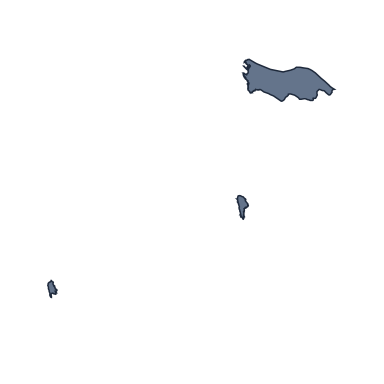 the district of Akureyrarkaupstaður, Norðurland eystra, Iceland, rotated 218°
{"feature_id": "244011B9807446828123", "entity_name": "Akureyrarkaupstaður", "entity_type": "district", "adm_level": 2, "iso_a3": "ISL", "parent_name": "Iceland", "parent_adm1": "Norðurland eystra", "projection": "robinson", "projection_center": [-18.184, 66.06], "detail": "fine", "context": "isolated", "style": "filled", "palette": "slate", "viewbox_px": 384, "rotation_deg": 218, "n_neighbors": 0, "source": "geoboundaries", "source_scale": "gbopen_adm2", "svg_char_len": 5713}
<svg xmlns="http://www.w3.org/2000/svg" viewBox="0 0 384 384"><g transform="rotate(218 192 192)"><path d="M210.4,306.8L209.2,306.8L207.7,306.2L207.7,306.4L207.4,306.5L207.2,306.6L206.9,306.4L206.8,306.5L206.6,306.4L206.6,306.6L206.3,306.7L206.5,306.7L206.3,306.8L206.4,307.0L206.0,307.2L206.1,307.4L205.9,307.5L206.1,307.6L206.0,307.8L206.1,308.0L206.0,308.4L205.8,308.7L205.8,308.8L205.5,309.4L205.4,309.6L205.6,309.7L205.4,309.9L205.5,309.9L205.4,310.1L205.5,310.1L205.5,310.3L205.0,310.6L205.0,310.9L204.9,310.9L205.0,311.3L204.7,311.5L204.7,311.8L204.9,311.8L204.9,312.0L204.7,311.9L204.3,312.1L204.0,312.3L203.7,312.5L203.5,312.8L203.1,312.8L203.0,313.0L202.9,313.0L202.6,313.2L202.6,313.3L202.4,313.4L202.5,313.5L202.4,313.6L202.3,313.8L202.2,314.0L201.8,314.2L201.6,314.6L201.1,314.8L200.3,314.9L200.1,315.0L197.0,315.1L192.3,316.7L190.2,317.0L187.0,317.9L177.6,318.5L176.9,319.2L176.7,319.6L176.2,321.3L176.2,322.2L176.4,322.9L176.5,323.9L176.3,325.5L176.0,325.7L175.8,327.0L175.8,327.6L176.3,328.4L174.8,329.9L170.7,331.5L166.8,331.8L166.0,331.8L164.4,331.3L163.0,332.4L161.1,334.5L160.3,335.1L159.5,335.5L157.9,335.9L156.3,336.7L155.2,336.9L153.3,338.4L153.1,338.8L153.3,339.5L153.6,339.9L154.3,340.4L154.2,340.6L152.8,341.4L152.4,341.9L152.4,342.7L153.0,345.6L154.1,346.4L155.4,348.2L155.0,351.1L154.0,351.6L151.7,352.2L150.4,353.1L149.9,353.2L147.5,352.8L144.1,352.7L143.3,353.2L143.0,353.8L143.0,355.0L143.1,355.6L143.0,356.7L144.0,357.9L144.1,358.4L144.1,359.2L143.9,359.6L143.0,360.6L145.5,360.3L148.1,360.2L149.7,360.5L155.8,361.0L160.4,361.1L168.1,361.8L172.1,361.6L174.2,361.3L176.6,360.7L180.6,358.4L183.3,357.0L186.4,354.7L186.7,354.2L187.1,352.4L187.4,351.7L188.5,350.0L189.3,348.7L192.9,344.3L193.4,343.6L194.1,342.7L205.7,336.9L219.3,333.1L221.2,332.7L228.7,331.7L228.7,331.4L228.9,331.2L229.7,330.6L229.8,330.3L229.8,329.7L230.7,329.0L231.0,327.1L230.6,326.3L230.4,326.7L230.2,326.7L229.8,327.5L229.3,327.6L229.1,327.3L228.8,327.0L228.9,326.7L228.7,326.5L227.8,326.3L227.2,326.4L227.0,326.7L226.6,326.8L226.5,326.7L226.4,326.4L225.7,326.4L225.2,323.3L224.3,323.3L224.9,327.5L223.9,327.4L223.6,327.2L223.6,326.6L223.4,326.5L223.4,325.0L223.5,325.0L223.4,325.0L223.3,323.9L222.9,323.0L223.2,322.9L223.3,322.5L225.6,322.6L228.6,323.2L228.8,323.0L224.8,322.4L222.7,322.4L222.1,321.7L221.9,321.5L221.3,320.8L221.1,320.3L221.2,320.0L221.4,319.3L221.3,318.9L221.6,318.5L221.3,318.7L221.2,318.3L221.6,318.1L221.7,318.3L222.0,318.0L221.7,317.8L222.4,317.6L224.4,317.6L224.7,317.4L224.8,317.3L224.7,317.3L224.3,316.4L222.0,315.5L222.6,315.2L221.7,314.7L221.2,314.7L221.8,315.1L221.3,315.4L220.5,315.1L220.2,315.2L219.9,314.9L221.3,314.4L220.3,314.4L220.1,314.3L219.3,314.5L219.1,314.3L219.9,314.1L219.1,314.0L218.5,314.2L218.2,314.2L217.3,314.1L217.3,313.9L217.3,314.1L216.5,314.0L216.5,313.9L216.4,313.9L216.4,314.0L216.2,314.0L216.2,313.8L216.6,313.8L217.3,313.8L217.8,313.8L216.7,313.7L216.5,313.4L215.9,313.4L215.7,313.2L215.8,313.1L215.7,313.0L215.2,313.0L214.1,312.5L213.8,312.1L213.7,311.8L214.3,311.8L214.3,312.2L214.8,311.7L214.4,311.5L214.7,311.4L214.8,311.1L214.5,310.9L213.4,310.5L213.4,310.3L212.8,310.0L212.8,309.9L212.4,309.5L212.5,309.4L212.1,309.1L212.3,308.9L211.5,308.4L211.7,308.0L211.1,307.6L211.0,307.2L210.6,307.1L210.4,306.8ZM136.0,202.6L135.5,202.1L135.2,202.1L134.9,202.2L135.0,202.4L134.9,202.8L135.6,203.5L135.4,203.8L135.9,203.9L135.9,204.1L136.2,204.3L136.2,204.5L136.7,204.8L136.6,205.1L136.2,205.2L137.4,205.9L137.4,206.5L137.9,206.9L138.2,207.4L138.7,207.7L138.7,208.2L139.1,208.4L138.8,208.7L139.1,208.9L139.5,209.5L139.4,209.7L139.8,210.2L140.7,210.9L140.5,211.3L140.4,211.9L140.1,212.1L140.5,212.3L140.5,212.5L140.3,212.7L140.4,212.9L140.1,213.1L139.6,213.3L139.6,213.9L139.5,214.1L139.2,214.3L139.1,214.6L139.1,214.9L139.5,215.2L139.6,215.4L139.2,215.7L139.3,216.0L140.4,216.3L140.6,216.6L140.5,216.9L141.1,217.1L144.3,217.8L144.6,218.0L144.7,218.5L144.2,218.9L144.5,218.8L144.6,218.7L144.8,218.5L145.2,218.6L145.4,218.7L145.4,218.9L145.2,219.2L144.6,219.0L145.4,219.4L147.5,219.4L148.4,219.7L149.2,219.5L149.5,219.3L150.0,219.1L151.2,219.0L152.1,218.6L153.2,217.4L153.1,216.9L152.7,215.9L152.4,215.4L152.4,215.2L151.7,214.5L152.1,214.2L151.8,214.2L151.7,213.9L150.6,213.4L150.2,212.9L149.8,212.7L149.8,212.4L149.7,212.4L149.0,212.0L149.2,211.9L148.8,211.8L148.3,211.3L147.2,210.7L146.4,210.0L145.8,209.7L145.4,209.3L145.3,208.6L144.1,207.5L143.2,207.2L142.5,206.3L142.1,206.3L140.9,205.2L140.5,205.0L140.1,204.6L140.2,204.2L139.7,204.2L139.4,203.9L139.5,203.7L139.2,203.8L139.0,203.6L138.8,203.3L138.7,203.4L138.2,203.2L138.4,203.0L138.5,202.8L138.5,202.6L138.0,202.4L137.9,202.8L137.7,202.9L137.2,202.9L136.5,202.6L136.0,202.6ZM239.6,22.9L239.5,22.6L239.1,22.4L238.4,22.2L237.9,22.4L238.4,23.1L240.0,24.4L240.1,24.8L240.0,25.4L240.1,25.7L239.9,26.2L239.1,26.7L238.0,26.7L237.5,27.1L236.8,27.3L236.8,27.5L236.4,27.9L236.5,28.1L237.1,28.2L237.2,28.4L237.1,28.5L236.8,28.5L237.7,28.8L237.8,29.2L237.5,29.3L237.9,29.4L237.6,29.5L238.0,29.5L237.7,29.5L238.2,29.6L238.2,29.8L238.3,29.8L237.9,29.9L238.1,30.1L237.8,30.6L237.8,30.8L238.3,30.7L238.5,31.0L238.0,31.1L237.9,31.3L238.4,31.8L239.2,31.8L238.8,31.6L239.1,31.4L239.8,31.5L239.5,31.6L239.2,31.6L239.4,31.7L240.1,31.5L241.1,32.2L241.2,32.5L242.0,32.6L242.1,32.9L242.3,32.7L242.8,32.8L243.1,33.0L243.1,33.4L243.8,33.4L244.2,33.5L245.0,34.0L245.5,35.2L246.0,35.3L246.1,35.5L246.6,35.3L247.7,35.2L248.0,35.4L248.2,35.7L248.5,35.6L248.4,35.2L248.2,35.0L248.3,33.9L248.8,33.3L248.7,33.1L248.9,32.8L249.1,31.8L248.9,31.1L248.5,30.7L248.2,29.7L246.6,28.7L245.5,27.3L244.0,26.5L243.1,25.5L241.8,24.9L241.4,24.5L241.2,24.1L240.4,23.1L240.0,22.9L239.6,22.9Z" fill="#64748b" stroke="#1e293b" stroke-width="1.5"/></g></svg>